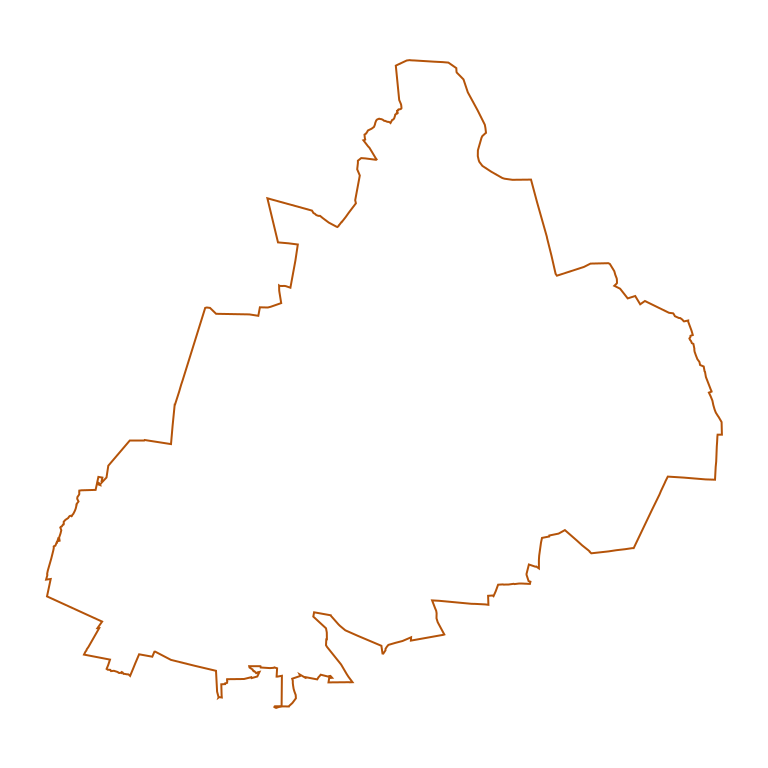 Apaseo el Grande, Guanajuato, Mexico (Albers equal-area conic projection)
{"feature_id": "50627088B68600935642938", "entity_name": "Apaseo el Grande", "entity_type": "district", "adm_level": 2, "iso_a3": "MEX", "parent_name": "Mexico", "parent_adm1": "Guanajuato", "projection": "albers", "projection_center": [-100.631, 20.591], "detail": "fine", "context": "isolated", "style": "outline", "palette": "amber", "viewbox_px": 768, "rotation_deg": 0, "n_neighbors": 0, "source": "geoboundaries", "source_scale": "gbopen_adm2", "svg_char_len": 6011}
<svg xmlns="http://www.w3.org/2000/svg" viewBox="0 0 768 768"><path d="M359.8,175.5L355.2,200.2L355.9,203.3L348.7,212.8L345.8,216.9L341.8,222.0L341.6,221.9L339.4,224.8L338.8,225.3L338.5,226.1L337.4,227.0L336.5,226.7L328.8,222.6L322.9,218.2L320.1,215.9L318.5,215.9L316.3,215.1L314.8,213.7L313.5,213.1L312.0,210.6L267.4,198.3L276.8,237.4L278.0,242.4L288.4,243.3L297.8,244.5L295.4,260.6L290.4,287.7L285.7,286.1L284.1,285.9L282.3,286.0L279.7,285.9L279.1,285.5L279.2,290.5L279.4,292.0L281.2,303.1L270.6,306.8L267.8,307.5L259.9,307.3L258.3,315.8L249.3,314.4L216.1,313.8L210.0,307.9L206.8,307.5L205.2,307.9L182.6,380.4L181.2,384.6L179.1,391.8L175.0,404.6L174.7,404.6L172.6,425.7L171.0,444.1L144.6,440.0L144.2,440.5L129.8,440.5L108.3,465.7L106.5,477.5L101.7,482.6L101.5,481.7L102.4,477.6L98.4,476.9L97.2,482.4L98.4,482.7L100.2,484.1L100.4,485.2L96.9,483.9L95.6,489.9L81.5,490.3L79.3,490.6L79.2,492.2L79.3,493.4L79.2,494.4L78.9,494.9L77.4,497.1L77.2,498.8L78.5,501.5L76.6,504.0L76.4,504.8L76.6,504.9L75.7,508.6L74.9,510.7L73.3,513.9L72.5,514.7L72.0,515.8L71.6,516.2L71.0,515.8L70.4,515.8L69.8,516.0L69.2,516.5L68.1,518.1L65.5,519.8L64.1,521.3L63.7,521.8L63.8,523.9L63.7,524.3L63.5,524.6L63.0,524.6L61.7,526.5L60.8,526.8L60.3,527.5L61.3,530.2L60.5,533.5L59.1,537.6L59.6,540.7L57.7,541.2L58.6,538.4L58.3,538.3L57.0,542.5L56.7,542.3L55.4,545.6L55.2,545.8L54.3,546.0L53.7,546.5L53.8,547.8L53.3,550.4L51.3,558.4L47.8,570.6L47.1,574.1L47.4,574.9L46.1,579.6L50.7,579.0L47.0,596.4L102.1,621.6L97.5,628.1L99.2,628.1L88.4,647.0L86.7,649.4L86.4,650.5L85.5,651.6L84.0,654.6L110.0,659.6L108.1,665.3L106.6,668.9L107.7,669.7L109.6,669.8L110.1,670.1L110.4,670.0L110.7,670.7L111.0,671.1L113.9,670.8L116.7,671.7L117.7,672.0L118.6,672.8L119.7,673.0L120.6,672.7L121.3,673.0L121.8,672.1L122.6,672.5L123.5,673.9L124.7,673.9L126.8,674.3L128.4,674.4L129.1,674.9L130.1,675.9L133.1,668.7L135.2,663.5L139.1,654.3L152.3,656.7L154.4,651.7L155.1,651.6L171.0,659.9L195.2,665.9L216.0,670.8L217.1,691.7L218.6,697.3L218.5,697.6L219.2,697.1L221.8,697.5L221.6,695.0L221.3,684.3L225.1,684.1L225.1,683.4L227.1,682.8L227.1,681.8L227.3,681.4L227.0,680.1L227.1,679.2L244.0,679.0L251.3,677.2L251.6,678.1L257.3,676.5L259.5,671.9L257.4,672.4L256.9,672.9L256.2,673.2L254.6,671.4L253.8,670.9L253.5,671.1L252.6,669.9L252.6,669.5L249.5,667.5L249.2,666.2L260.2,666.2L260.5,666.3L260.7,667.5L270.0,668.1L273.9,667.8L274.3,667.4L277.1,668.3L276.6,676.6L277.5,676.6L281.9,675.8L281.6,706.2L274.8,706.3L274.5,706.6L274.4,707.1L276.1,707.9L278.8,707.0L282.2,706.4L284.9,706.4L288.9,706.5L289.2,705.9L292.4,703.0L295.9,698.3L295.7,695.0L294.4,691.5L293.6,688.8L293.1,685.6L292.8,683.1L292.8,680.8L292.2,678.7L299.9,676.1L299.9,675.0L299.6,674.4L305.6,677.9L305.9,677.8L305.8,677.2L317.2,679.4L318.6,677.1L319.5,676.2L320.7,674.7L328.6,676.7L329.0,676.1L330.4,675.9L332.1,677.8L329.2,678.0L328.5,682.4L349.0,682.2L349.6,682.3L352.5,682.2L348.4,676.7L346.6,673.9L341.1,664.5L327.0,646.9L326.0,645.2L326.3,639.3L326.9,639.3L326.8,632.5L326.0,628.3L313.3,616.6L314.1,612.3L330.8,615.3L330.9,615.8L338.4,624.3L339.9,625.8L345.3,630.3L357.5,635.7L381.4,645.8L382.5,653.5L383.3,653.6L385.5,650.3L385.5,648.9L386.9,646.7L388.4,644.9L395.6,642.8L402.5,641.0L411.1,637.3L410.9,640.6L443.4,634.8L444.3,634.5L437.7,622.2L436.5,618.3L436.6,613.2L436.2,610.8L435.1,608.2L432.1,600.4L439.2,600.8L471.4,603.8L475.3,603.9L485.1,604.4L488.4,604.8L488.1,595.8L492.6,595.5L493.5,596.2L495.7,591.3L498.1,584.7L503.0,584.4L503.4,584.6L508.7,584.5L513.7,583.8L514.4,584.1L519.3,583.5L521.0,583.5L529.9,583.9L530.4,581.7L528.6,581.1L526.6,575.0L526.5,574.0L528.9,564.5L534.8,566.5L535.4,566.7L536.2,566.5L538.9,568.4L538.9,560.0L539.2,555.5L541.0,542.6L542.0,537.9L549.2,536.5L549.3,535.5L558.6,533.6L564.9,530.1L576.7,540.4L582.2,545.4L588.4,550.3L589.7,551.5L589.7,551.8L591.3,553.3L608.5,551.4L616.4,550.2L625.1,549.2L632.5,548.1L633.7,548.1L652.0,509.8L659.5,494.5L661.0,490.9L665.2,482.0L665.2,481.8L667.8,476.6L683.8,477.6L705.6,479.4L715.0,479.7L715.7,466.7L716.2,461.6L716.8,446.3L717.1,442.1L717.4,436.4L717.6,434.7L721.9,434.7L721.6,422.1L718.6,416.9L718.0,416.1L715.8,412.6L714.6,409.5L713.3,405.0L712.4,400.6L710.7,396.4L708.9,392.6L711.6,391.6L711.6,391.3L710.9,389.9L705.9,377.0L705.0,371.8L704.6,371.4L703.7,366.5L700.1,365.0L699.4,361.9L697.4,359.2L695.9,355.4L694.6,351.7L694.3,349.6L694.4,348.9L693.4,343.9L691.8,343.1L691.1,341.2L690.0,339.8L689.4,338.4L690.3,337.2L690.5,335.8L692.8,335.0L691.5,330.6L688.2,321.7L688.2,320.5L684.0,321.4L683.5,321.0L682.3,319.6L680.3,318.1L678.9,318.0L674.9,316.2L673.7,314.0L673.1,313.3L669.0,312.8L644.9,301.0L640.2,304.3L635.2,296.0L627.7,298.4L620.1,288.7L614.3,285.8L616.5,283.7L617.0,283.0L616.9,279.8L616.7,278.4L615.3,274.8L614.3,271.2L609.9,264.0L608.4,263.2L590.5,263.6L584.0,266.9L556.9,275.7L555.6,273.8L551.5,255.8L547.1,238.2L546.8,236.6L537.1,202.4L531.0,179.6L512.4,179.8L504.5,178.7L502.3,178.0L491.4,171.8L482.4,165.9L479.3,161.8L478.7,160.1L477.8,156.1L477.9,150.3L481.5,137.8L482.3,136.1L485.8,132.9L486.0,132.8L485.4,127.8L484.8,124.7L477.6,110.3L467.8,92.3L463.5,79.4L456.7,72.5L456.5,71.6L456.3,68.1L448.4,62.6L442.5,62.1L434.4,61.7L415.0,60.5L410.7,60.3L409.9,60.1L406.7,60.5L395.8,65.6L399.2,100.0L400.9,104.0L401.2,105.1L401.5,108.1L401.2,108.7L400.4,109.1L399.6,109.4L399.0,109.3L398.9,109.4L398.4,109.5L398.0,109.9L397.8,110.2L397.9,110.5L397.4,110.7L397.3,111.0L397.1,111.0L397.2,111.7L396.9,112.3L397.7,113.0L397.3,113.5L396.0,114.0L395.2,114.6L395.2,115.2L394.2,118.3L393.3,119.5L392.2,119.9L390.5,123.0L389.6,122.2L388.7,121.9L387.3,121.8L385.2,120.9L384.3,120.9L382.7,119.7L381.5,119.2L381.0,119.1L380.0,119.0L379.2,118.7L378.5,118.9L377.0,119.6L376.2,120.5L375.3,122.8L374.9,124.6L374.0,126.9L371.6,128.7L368.3,130.3L367.8,130.6L367.4,131.6L366.4,132.9L366.3,133.4L364.5,134.6L364.8,137.8L365.2,139.6L364.6,140.0L363.4,140.3L368.1,146.4L369.4,147.7L375.9,158.5L376.6,159.4L376.1,159.8L365.2,158.4L361.2,158.1L357.9,160.7L357.9,163.1L357.2,169.3L359.8,175.5Z" fill="none" stroke="#b45309" stroke-width="2"/></svg>